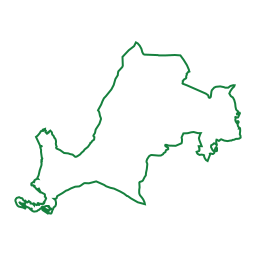 Kampong Svay, Kâmpóng Thum, Cambodia
{"feature_id": "14789045B4566000056462", "entity_name": "Kampong Svay", "entity_type": "district", "adm_level": 2, "iso_a3": "KHM", "parent_name": "Cambodia", "parent_adm1": "Kâmpóng Thum", "projection": "mercator", "projection_center": [104.694, 12.753], "detail": "fine", "context": "isolated", "style": "outline", "palette": "green", "viewbox_px": 256, "rotation_deg": 0, "n_neighbors": 0, "source": "geoboundaries", "source_scale": "gbopen_adm2", "svg_char_len": 5789}
<svg xmlns="http://www.w3.org/2000/svg" viewBox="0 0 256 256"><path d="M144.9,204.2L144.5,202.3L143.3,199.6L142.0,197.7L140.0,195.3L139.4,193.9L139.2,192.9L139.2,189.9L139.6,187.3L139.3,182.7L139.7,182.0L142.0,181.2L142.9,180.5L144.6,177.1L145.8,175.4L146.0,172.9L146.8,169.1L147.3,164.4L147.2,163.5L146.5,161.9L146.6,160.8L147.2,159.1L149.1,156.2L150.6,155.2L151.7,155.0L158.7,155.6L160.9,155.5L163.1,154.2L163.6,153.2L165.4,152.1L165.9,150.4L166.2,150.0L167.7,149.5L168.2,149.1L168.1,147.8L165.5,146.2L165.2,145.5L165.4,144.9L166.7,144.9L168.7,145.6L175.7,145.8L181.5,143.3L181.9,142.0L182.0,139.5L181.6,137.4L183.4,133.4L187.7,133.2L191.2,132.3L193.6,132.0L197.8,133.1L200.8,133.1L200.1,134.4L198.9,138.1L199.4,140.2L201.7,146.2L198.7,146.2L198.9,147.1L199.4,148.2L199.2,149.0L199.5,149.3L199.4,150.5L199.1,151.0L196.6,151.8L196.9,152.8L197.7,153.9L199.5,154.9L201.5,154.6L203.7,155.0L204.1,155.3L204.0,156.0L204.5,157.6L205.1,158.7L206.1,160.1L207.6,161.0L210.1,154.5L209.9,153.7L210.6,153.5L212.5,154.0L213.2,153.9L214.2,153.0L214.4,152.0L214.8,151.5L215.2,151.2L216.7,151.1L217.0,150.7L217.0,148.2L216.5,147.3L216.1,147.2L215.7,147.6L214.4,150.6L213.9,151.1L213.4,151.0L212.5,150.0L211.0,147.0L211.2,145.3L212.7,144.5L214.0,143.3L214.8,143.5L216.0,144.4L216.7,145.2L216.9,144.9L216.3,142.8L216.2,141.1L216.5,139.7L216.9,139.7L218.8,140.9L219.2,140.8L220.6,139.5L221.2,139.3L224.3,140.6L227.6,141.1L230.5,140.5L231.6,140.5L232.5,139.9L233.9,139.8L236.2,138.8L237.2,138.9L239.2,138.6L240.6,137.6L240.5,135.8L239.8,134.3L240.2,130.9L240.1,128.8L240.0,128.3L238.9,128.5L239.1,127.6L238.1,126.4L237.8,125.5L237.6,123.6L238.6,122.5L238.6,121.7L238.0,121.1L237.6,121.2L237.6,122.9L237.2,123.6L235.8,121.6L235.3,119.9L235.6,118.0L235.3,117.2L235.6,117.0L237.1,117.6L238.1,117.4L239.9,113.3L239.7,112.8L239.4,112.8L237.7,114.3L237.0,114.3L236.9,113.7L237.6,113.0L238.2,111.7L237.8,111.1L236.7,110.3L236.1,109.4L235.5,106.8L235.2,103.6L234.2,99.9L232.9,97.5L230.8,96.1L229.3,93.5L230.4,91.1L232.3,88.3L234.1,86.6L234.6,85.3L233.3,85.2L230.4,86.0L228.2,87.7L225.3,87.7L223.8,87.1L220.2,86.4L216.0,86.8L214.2,87.6L211.8,90.3L211.4,91.7L210.8,96.8L210.0,97.7L209.3,97.8L208.7,97.3L208.2,95.3L205.8,93.6L186.9,85.3L182.7,83.7L182.5,83.4L182.9,81.9L182.7,81.1L183.3,80.6L183.7,79.7L185.9,78.4L186.3,77.7L186.1,77.0L186.4,75.6L186.9,74.7L186.6,73.8L187.4,73.0L187.9,72.2L189.3,71.6L188.9,71.0L189.1,70.6L188.8,69.5L187.0,65.3L183.6,59.8L180.4,55.4L174.8,55.0L165.6,55.4L158.8,55.4L157.8,55.1L144.5,54.6L143.5,54.2L142.4,52.4L141.4,48.8L139.7,45.7L137.7,43.4L135.9,42.4L134.1,46.1L128.8,50.2L122.5,56.9L122.8,65.7L122.3,67.0L118.3,71.4L117.9,73.5L117.8,75.2L115.4,79.0L113.7,85.0L111.4,89.4L105.9,96.2L103.9,98.3L102.3,101.6L101.2,104.5L98.0,110.3L98.9,111.5L99.3,112.5L100.0,116.0L100.8,117.9L101.0,119.0L99.4,123.8L95.7,129.5L95.0,132.9L93.4,135.5L93.5,136.2L94.4,137.1L94.1,139.6L92.2,141.0L91.2,142.6L90.4,142.8L90.1,143.8L87.9,146.9L84.6,149.5L83.6,151.0L81.6,152.7L80.0,154.5L77.2,156.3L76.0,156.8L75.2,156.8L72.6,154.6L70.1,154.1L68.3,153.4L64.1,153.0L60.1,150.1L56.5,148.5L56.1,147.7L56.7,146.6L56.2,145.6L55.8,143.7L56.0,142.5L56.0,141.0L55.6,139.5L55.1,138.4L54.4,137.9L53.6,135.9L52.2,134.5L51.9,132.4L50.3,130.6L49.1,131.5L48.9,132.3L48.6,132.6L48.0,132.3L47.7,132.5L47.5,133.4L47.0,133.7L45.5,132.1L45.9,130.7L44.9,129.8L45.0,128.9L43.3,129.5L43.7,129.9L44.3,129.8L44.4,130.1L43.7,130.3L43.7,130.6L43.4,130.9L42.5,130.9L42.4,130.6L42.0,131.0L40.9,131.2L39.7,133.2L37.6,135.7L36.0,136.9L40.1,145.7L40.6,146.1L42.3,145.9L41.3,146.6L40.5,146.6L40.2,147.0L41.1,150.0L41.0,151.8L41.8,157.6L42.3,158.3L42.0,159.6L41.7,159.3L41.5,159.5L41.4,160.0L41.4,161.0L41.8,161.7L41.3,162.1L41.6,163.8L41.4,165.4L39.7,170.4L38.6,175.4L37.4,177.8L38.1,178.8L37.6,178.7L35.6,179.5L34.5,180.3L34.2,180.9L34.4,181.6L34.2,182.0L33.8,181.7L31.4,183.4L31.3,184.9L31.7,185.4L33.0,185.2L34.4,185.8L35.2,186.6L33.2,186.0L34.6,187.0L35.9,188.2L36.2,188.8L38.7,191.0L38.1,188.9L38.9,188.6L40.2,191.3L40.9,192.2L44.7,194.2L45.0,195.0L44.8,196.7L45.8,197.5L45.7,197.9L46.1,198.5L45.0,200.8L44.0,202.0L44.4,202.4L44.0,203.4L43.3,203.9L42.7,203.6L42.3,203.7L42.0,204.2L40.8,203.7L39.2,204.4L39.1,204.9L38.7,204.9L38.9,204.1L38.8,203.5L38.6,203.1L37.8,203.1L37.6,203.3L37.6,203.7L37.3,204.7L36.5,205.1L35.3,204.5L34.4,203.6L34.0,203.5L34.0,205.1L32.7,203.7L30.6,203.5L30.5,202.3L29.1,201.3L29.0,201.7L28.5,201.5L28.3,201.9L27.6,202.0L27.4,202.4L27.1,202.5L25.7,201.1L25.3,202.5L24.8,201.2L23.2,200.0L22.4,198.5L22.0,198.2L20.7,198.0L19.1,197.2L16.8,197.9L16.0,198.8L15.4,200.0L15.5,201.2L16.7,204.3L17.6,205.7L18.6,206.5L23.3,207.6L25.8,208.9L24.0,206.5L20.1,203.4L19.6,202.5L19.8,202.4L24.0,205.3L23.7,203.7L24.0,203.8L25.9,206.5L28.8,207.7L30.7,209.7L31.1,209.6L31.3,208.6L31.6,208.6L31.8,208.9L31.5,209.6L32.0,210.7L33.3,211.4L34.2,211.6L36.9,211.2L37.9,210.3L38.8,210.0L40.4,208.6L41.4,208.2L41.7,207.1L42.3,206.8L44.3,206.7L46.1,206.0L48.7,206.0L48.9,206.2L48.5,206.7L48.5,207.0L49.0,207.1L48.9,207.4L49.4,207.8L50.8,208.4L51.2,208.8L51.1,209.0L49.8,209.1L49.7,209.6L49.4,209.4L48.7,210.6L48.6,211.3L48.3,211.0L47.8,211.1L48.0,210.3L47.1,209.7L46.3,209.3L46.0,209.8L47.1,212.9L47.5,213.3L49.8,213.3L50.9,213.6L51.6,212.9L52.4,210.3L53.2,208.9L53.6,207.5L55.3,206.2L56.0,204.4L56.0,202.5L55.5,200.1L54.1,198.9L55.2,198.9L56.6,198.2L57.1,196.3L57.4,196.0L62.6,193.0L66.1,190.6L67.8,190.1L70.9,188.4L75.2,186.7L79.2,186.4L80.7,185.6L83.8,183.4L84.8,183.1L88.9,183.3L96.2,181.4L104.1,184.9L106.2,186.3L110.4,187.8L114.0,188.6L120.2,191.5L124.1,193.7L127.0,196.0L127.5,196.0L128.2,196.4L130.8,198.3L137.8,202.3L144.9,204.2ZM44.8,208.7L44.7,208.1L44.3,207.9L43.2,208.1L43.6,208.9L42.6,209.4L42.6,210.1L46.6,212.7L46.3,211.4L45.1,209.2L44.8,209.0L44.3,209.0L44.8,208.7Z" fill="none" stroke="#15803d" stroke-width="2"/></svg>